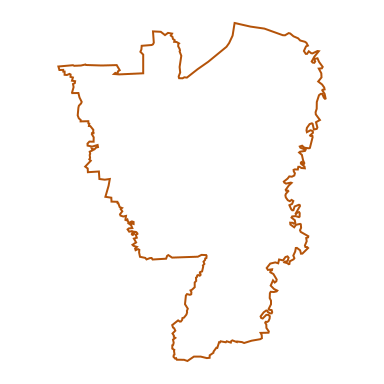 the district of Kota Jakarta Selatan, Jakarta Raya, Indonesia
{"feature_id": "22746128B93686700937380", "entity_name": "Kota Jakarta Selatan", "entity_type": "district", "adm_level": 2, "iso_a3": "IDN", "parent_name": "Indonesia", "parent_adm1": "Jakarta Raya", "projection": "albers", "projection_center": [106.81, -6.284], "detail": "fine", "context": "isolated", "style": "outline", "palette": "amber", "viewbox_px": 384, "rotation_deg": 0, "n_neighbors": 0, "source": "geoboundaries", "source_scale": "gbopen_adm2", "svg_char_len": 5939}
<svg xmlns="http://www.w3.org/2000/svg" viewBox="0 0 384 384"><path d="M272.2,312.1L271.6,310.1L269.1,309.7L268.7,308.9L271.0,304.3L271.0,300.7L269.7,298.1L269.9,293.2L270.7,291.8L273.9,292.0L276.6,291.4L277.3,290.6L274.0,289.0L270.7,285.6L273.0,280.4L274.7,282.5L276.3,281.3L276.7,279.5L273.4,274.0L270.3,272.3L270.5,270.8L271.9,270.3L272.1,269.3L267.9,269.9L266.7,268.0L270.2,263.6L275.3,262.4L278.2,263.3L279.1,259.5L283.0,260.4L285.5,257.0L287.5,256.4L288.6,257.7L287.7,260.6L286.7,261.4L284.7,261.7L284.3,262.3L287.2,263.1L288.7,264.2L289.4,264.0L289.8,261.3L293.6,259.3L294.4,258.2L293.3,255.6L295.2,251.5L295.8,248.0L296.9,247.9L300.1,250.3L301.0,253.7L302.4,253.6L308.1,248.0L307.2,247.1L305.4,247.0L304.9,245.5L306.7,241.2L306.2,238.0L308.1,237.3L308.3,236.2L300.7,231.9L300.0,230.2L301.1,227.8L300.8,224.3L300.1,223.9L296.0,224.8L294.2,227.3L290.4,224.5L290.2,222.7L292.8,222.8L294.0,223.7L295.3,222.9L294.8,220.2L291.5,217.6L292.2,216.4L295.5,216.1L299.0,217.1L299.6,216.6L299.7,213.1L299.1,212.1L297.4,212.5L295.9,214.2L295.6,213.7L300.0,206.0L299.6,204.9L298.8,204.8L294.6,206.5L293.4,210.2L292.3,210.3L291.3,209.4L289.4,205.2L292.1,203.9L293.3,201.0L291.6,199.9L289.8,201.2L287.8,200.2L285.8,197.4L285.4,195.3L285.9,193.8L288.3,191.1L287.9,190.6L286.1,190.7L285.7,189.8L288.8,185.5L291.6,182.9L290.9,182.6L286.0,183.6L284.3,182.6L283.8,181.6L287.6,178.6L289.3,176.4L291.9,176.7L294.3,175.5L294.9,173.2L293.8,171.5L293.6,169.9L294.7,169.4L297.8,169.5L298.3,166.8L299.5,166.8L301.4,168.0L304.8,168.3L304.5,166.6L300.9,163.6L300.9,162.5L301.6,162.0L303.3,163.8L304.1,163.8L304.3,163.1L303.1,160.4L301.9,154.9L299.1,152.5L300.1,151.7L305.0,150.9L305.6,149.8L300.4,147.7L299.8,146.5L302.1,145.7L304.4,147.7L309.0,148.3L309.9,147.9L312.6,137.2L312.4,136.0L310.4,135.9L310.1,135.4L312.8,133.0L313.0,132.0L312.0,130.7L310.4,130.3L306.9,132.2L306.5,130.4L306.9,127.9L309.6,124.1L311.9,123.3L312.6,123.8L313.9,129.5L316.7,128.9L317.4,127.5L316.0,122.2L319.9,120.0L315.8,114.4L315.6,112.2L316.7,108.8L316.8,102.0L319.0,95.2L320.7,93.9L322.2,93.9L323.9,97.7L325.0,98.8L325.6,98.5L324.6,93.8L322.3,90.4L322.5,89.8L324.6,89.4L324.2,87.5L322.1,84.5L318.2,81.5L321.5,77.4L321.3,73.3L318.8,68.6L321.9,68.3L322.7,66.9L319.0,61.8L317.5,58.3L314.7,58.9L314.4,59.6L315.2,61.5L314.3,62.8L312.7,62.6L311.7,61.5L314.4,56.6L318.8,51.2L317.5,51.0L312.5,53.4L311.2,53.2L308.8,51.3L307.0,53.9L305.8,53.9L303.9,51.0L306.0,46.4L307.9,45.6L306.4,42.8L305.0,41.8L300.2,40.5L298.1,38.3L293.5,36.3L290.2,33.5L288.7,33.1L285.0,35.3L282.8,35.2L264.4,28.6L250.5,26.6L234.6,23.0L232.6,35.6L229.1,43.1L226.5,46.8L208.2,61.8L197.6,69.2L186.9,77.6L184.3,77.3L182.6,78.3L179.1,78.2L178.9,77.7L178.7,76.4L180.2,72.5L179.6,67.0L181.3,55.8L179.6,51.5L180.0,50.5L179.6,48.9L178.2,46.3L178.3,44.1L179.0,43.4L176.6,42.0L174.2,41.8L174.7,40.2L172.9,38.9L172.5,36.9L170.8,35.6L172.0,33.6L168.0,32.9L165.0,35.1L160.8,31.8L153.0,31.4L153.8,42.7L153.0,44.3L151.7,45.0L141.7,45.8L141.4,49.4L140.4,51.8L143.2,54.6L143.2,73.3L119.1,74.4L114.1,74.0L115.3,72.9L117.7,73.6L117.9,71.4L119.7,70.2L116.7,65.1L101.8,65.5L86.0,65.0L85.5,64.5L81.0,65.5L74.2,65.8L73.0,65.2L58.4,66.5L59.4,70.0L63.2,69.9L63.3,71.6L64.6,71.6L64.6,74.8L66.9,75.0L69.5,73.9L70.6,74.5L70.5,76.9L72.9,77.5L72.0,80.7L75.1,81.2L74.8,83.1L73.0,84.0L73.6,87.1L72.0,92.7L72.2,93.1L78.4,93.0L79.5,97.5L81.7,101.9L81.1,103.4L78.9,105.7L78.4,107.7L77.7,115.4L78.8,118.3L80.7,120.0L80.6,121.4L88.3,121.2L88.4,123.4L89.3,123.7L88.9,126.0L90.3,126.1L93.3,129.8L93.2,132.1L92.7,132.5L94.3,133.2L92.1,133.3L91.8,134.1L93.7,137.3L93.6,141.7L89.4,141.6L87.5,143.6L87.6,145.6L92.1,146.6L97.6,145.0L98.0,147.1L96.2,147.5L94.4,149.4L91.9,148.8L92.6,150.3L89.7,151.7L90.2,153.8L89.7,155.0L90.1,158.0L89.3,159.3L90.8,160.7L85.2,166.6L87.7,168.5L87.9,172.2L98.9,171.5L99.4,179.0L104.8,179.7L109.8,179.0L108.6,185.7L105.4,196.8L111.3,197.7L111.5,201.6L117.4,201.8L117.6,203.2L118.3,203.2L119.7,207.1L122.0,208.0L120.7,209.1L122.3,211.3L120.0,214.3L120.5,215.6L123.3,216.5L126.0,215.9L125.4,219.9L126.4,220.3L127.4,219.5L128.5,223.0L131.9,221.4L133.6,222.0L133.6,224.0L130.6,223.2L129.0,223.7L131.1,225.2L132.3,228.1L128.8,228.4L127.6,229.4L129.2,231.7L131.9,231.1L133.0,231.5L131.8,234.1L132.4,234.9L133.3,234.7L135.0,231.8L136.3,232.1L137.4,233.4L137.4,234.0L135.7,234.8L136.8,237.7L133.9,238.6L136.1,242.4L132.5,244.8L133.5,245.8L136.9,246.9L135.1,248.6L135.6,250.2L138.0,249.1L139.3,249.8L139.1,252.6L140.0,256.8L145.3,257.9L146.5,259.4L149.9,258.1L151.6,258.0L152.6,259.5L166.1,258.7L167.1,255.9L168.3,255.1L172.1,257.6L197.9,256.7L201.5,254.9L206.2,255.1L206.6,255.9L206.4,258.0L205.2,258.5L205.1,259.9L203.5,261.7L204.4,263.9L202.9,265.5L203.2,266.6L202.1,271.4L200.1,272.1L199.8,272.9L200.6,274.2L200.4,275.3L199.7,275.7L198.1,275.0L197.2,275.5L197.0,276.9L196.0,277.7L196.2,280.9L194.7,282.5L194.7,287.2L191.9,289.8L190.5,290.4L191.4,292.2L191.2,294.3L189.9,294.8L187.0,294.1L185.9,295.5L185.0,304.2L187.8,308.7L186.9,310.9L187.1,312.4L186.4,314.6L184.0,317.6L182.4,318.1L182.2,319.8L180.9,321.5L179.8,321.6L178.1,320.4L172.2,325.1L173.0,327.5L174.2,328.3L175.3,330.7L172.5,333.5L173.9,335.7L173.8,336.9L175.3,337.9L173.0,339.6L173.7,342.8L173.1,345.0L172.3,345.3L172.3,348.6L174.3,349.9L174.0,350.8L174.5,354.5L173.7,355.2L173.5,356.8L175.2,358.6L176.1,358.2L176.8,359.7L184.0,359.8L187.4,361.0L193.9,356.6L200.7,356.6L206.9,358.1L209.6,357.8L209.7,355.3L213.4,352.8L213.6,351.5L216.4,347.7L217.3,347.9L219.1,342.2L220.0,342.4L220.6,341.3L225.8,342.3L226.7,341.3L230.8,342.6L231.3,341.0L232.4,340.4L236.9,342.1L237.1,341.5L242.0,342.1L244.1,343.0L251.6,340.7L260.2,339.2L261.9,338.2L261.7,335.0L260.6,332.9L268.5,332.7L268.8,331.4L266.4,327.9L266.3,324.5L265.2,322.8L265.7,321.8L267.3,321.9L268.5,321.1L269.6,318.6L269.8,316.2L268.4,314.9L266.3,314.9L262.7,318.5L261.2,318.0L260.6,316.4L263.7,312.3L266.2,310.5L267.1,310.6L267.9,312.1L270.3,313.4L271.7,313.3L272.2,312.1Z" fill="none" stroke="#b45309" stroke-width="2"/></svg>